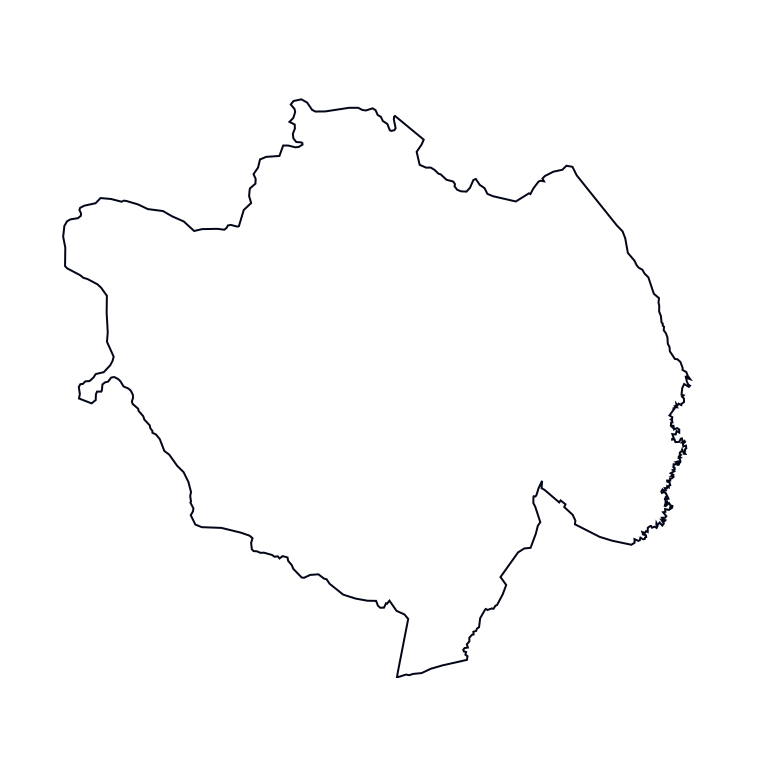 Facatativá, Cundinamarca, Colombia, rotated 353°
{"feature_id": "7082276B42545892213611", "entity_name": "Facatativá", "entity_type": "district", "adm_level": 2, "iso_a3": "COL", "parent_name": "Colombia", "parent_adm1": "Cundinamarca", "projection": "robinson", "projection_center": [-74.291, 4.831], "detail": "fine", "context": "isolated", "style": "outline", "palette": "ink", "viewbox_px": 768, "rotation_deg": 353, "n_neighbors": 0, "source": "geoboundaries", "source_scale": "gbopen_adm2", "svg_char_len": 6140}
<svg xmlns="http://www.w3.org/2000/svg" viewBox="0 0 768 768"><g transform="rotate(353 384 384)"><path d="M322.1,112.3L327.0,115.6L326.7,119.6L324.0,124.6L324.0,129.2L326.4,133.1L331.3,134.1L332.3,134.9L332.3,136.5L328.2,138.3L324.9,138.3L318.2,135.7L313.0,135.0L308.0,144.9L294.8,144.2L288.3,146.0L285.4,153.8L280.1,159.8L281.6,164.8L280.8,169.5L274.8,173.5L274.2,175.4L273.0,181.0L274.2,188.2L266.0,194.2L259.2,209.7L257.5,209.9L251.3,207.4L248.4,207.6L246.8,209.9L244.3,211.4L237.6,209.7L222.4,208.1L214.2,209.0L205.1,198.3L194.2,191.8L185.7,185.4L170.9,181.6L161.6,175.7L150.5,170.9L148.0,170.3L145.8,171.1L135.6,167.1L125.3,164.9L119.8,169.4L108.3,170.5L103.9,172.1L102.9,174.0L104.1,178.0L103.6,180.1L100.4,182.1L92.8,182.4L89.2,183.9L86.0,188.2L83.5,198.8L84.3,209.8L81.8,228.1L83.6,230.6L95.7,239.0L98.6,242.0L102.4,243.6L111.8,250.2L115.0,254.0L119.7,262.7L117.4,279.4L116.1,299.0L114.2,308.4L119.0,323.9L117.5,327.8L114.5,332.1L107.3,338.1L99.1,339.0L96.3,342.3L92.1,345.2L87.9,345.0L85.1,347.2L82.6,347.2L80.7,349.7L80.9,356.9L79.5,361.2L91.4,367.6L95.9,364.8L96.8,359.2L98.2,356.6L102.4,357.1L103.2,355.9L104.5,350.1L107.3,348.4L110.5,348.0L113.8,344.5L115.5,344.2L117.5,344.4L120.6,346.6L122.7,349.1L125.2,354.7L129.8,357.4L131.8,359.6L133.4,364.0L133.3,366.9L131.6,370.7L132.1,373.2L137.0,378.6L137.1,380.7L141.1,386.6L141.8,390.1L146.5,396.6L146.6,399.2L148.4,402.5L148.2,404.2L151.4,406.2L154.7,411.3L157.8,423.7L162.2,427.9L168.8,440.1L174.3,447.0L177.9,457.3L179.3,467.7L178.0,471.5L178.1,477.1L177.4,478.1L179.7,484.3L178.8,487.3L176.2,490.6L179.6,500.5L185.7,503.9L205.1,507.0L223.8,514.1L232.0,518.1L234.7,521.0L232.7,525.7L232.7,531.9L234.1,533.9L237.5,534.6L240.8,536.5L244.3,536.8L252.2,540.1L254.2,542.1L257.6,542.1L259.0,544.4L262.4,542.5L267.1,544.4L267.3,547.8L270.4,552.6L271.5,556.5L278.7,566.0L281.0,566.6L287.5,564.5L295.7,564.9L300.7,569.8L303.2,570.8L305.7,575.7L317.8,588.1L329.6,593.5L341.2,597.1L349.7,598.3L351.0,603.4L353.0,605.6L356.7,606.0L359.3,601.9L360.2,602.5L363.0,599.7L368.8,610.7L376.2,615.2L379.4,620.1L362.6,671.7L361.2,676.4L362.3,676.6L370.5,675.1L373.6,676.1L377.5,675.3L386.1,675.5L395.5,672.4L407.8,670.4L432.7,667.9L433.7,664.4L431.8,662.6L432.8,660.0L430.6,659.1L430.3,657.4L431.8,655.9L435.1,655.8L434.5,652.4L437.3,650.0L437.8,646.2L440.7,643.7L442.4,643.5L442.5,640.8L445.4,640.3L446.4,638.1L448.7,637.0L450.9,628.2L456.9,620.2L457.8,619.7L459.1,620.9L463.7,619.9L465.3,620.5L467.5,617.7L469.3,617.1L476.1,607.4L480.8,598.4L476.1,589.8L496.5,567.5L503.2,564.3L509.5,564.5L516.4,551.2L519.4,543.5L522.3,540.2L519.1,524.0L517.7,520.5L518.5,514.6L518.9,513.7L520.6,514.1L521.8,512.8L524.8,506.1L529.1,499.4L527.7,506.6L530.5,508.7L543.5,522.9L545.1,521.1L549.5,525.5L547.9,528.1L555.3,536.8L557.3,542.9L556.4,546.5L579.4,562.0L591.5,567.4L609.9,573.7L613.4,572.1L613.7,568.5L617.3,570.7L618.8,570.3L619.8,567.8L622.2,569.7L623.9,569.6L624.4,568.2L625.6,567.9L625.5,566.0L622.8,564.9L622.3,562.4L624.9,563.6L626.2,562.0L627.7,563.0L628.3,558.9L631.0,557.4L631.9,557.6L632.5,559.3L635.4,558.6L637.0,560.1L638.1,558.5L637.2,556.9L637.5,555.3L638.0,556.7L639.0,556.8L640.7,555.1L643.0,558.4L644.7,556.6L643.0,553.0L645.7,554.4L646.7,553.5L644.2,552.3L643.6,550.6L646.7,551.0L648.1,549.6L645.4,545.3L647.7,545.2L647.8,542.4L651.4,543.7L654.9,541.9L655.4,540.2L654.7,539.9L654.1,541.2L653.1,541.2L653.7,539.8L652.4,536.9L648.7,539.5L647.8,539.2L648.4,537.6L650.9,536.5L650.7,535.7L649.8,536.7L649.0,535.9L649.4,534.2L648.7,532.5L649.9,530.5L650.8,530.9L651.0,532.8L652.4,532.5L650.3,526.5L648.5,525.4L646.6,526.0L646.1,524.6L647.6,522.6L648.8,524.0L650.8,523.9L650.0,521.6L652.1,521.9L652.6,520.0L654.1,521.3L654.4,519.6L655.8,519.3L655.3,516.4L653.2,515.4L653.3,514.3L656.3,514.7L656.4,512.6L658.0,512.8L660.2,511.4L659.9,510.5L658.2,510.3L659.9,509.3L657.7,507.5L661.6,505.9L660.2,504.5L662.2,503.9L662.2,502.4L661.1,501.8L661.7,499.0L662.8,499.4L664.7,498.3L665.3,500.0L666.8,500.0L667.4,498.8L664.4,497.0L666.6,496.6L668.1,498.0L668.8,497.3L668.4,493.9L666.7,493.1L669.4,493.0L668.1,491.7L670.1,490.5L669.0,489.5L669.3,488.1L671.2,487.0L671.9,485.5L673.2,489.8L674.6,490.1L673.7,487.8L674.7,487.2L674.6,485.7L676.2,484.7L676.2,482.0L673.5,482.5L673.4,479.8L675.8,478.1L675.3,477.2L673.8,478.7L672.6,478.4L673.5,477.7L673.0,474.3L671.9,474.5L670.1,477.4L666.2,477.2L665.6,474.4L663.2,474.3L663.4,473.5L665.1,473.5L664.1,468.9L667.4,469.6L668.7,466.4L671.1,468.2L671.5,465.2L669.6,463.5L666.3,464.4L666.2,460.7L665.3,460.6L665.0,462.1L663.6,460.5L664.3,457.3L665.6,457.3L665.5,455.1L664.5,454.2L665.7,453.7L666.1,452.0L663.5,450.0L667.8,445.4L668.4,443.6L669.1,444.1L669.9,442.6L671.5,442.8L670.2,441.4L671.7,441.1L671.7,439.3L672.7,441.0L674.1,439.5L676.5,441.1L676.8,440.0L679.6,438.5L679.9,434.9L678.3,432.9L680.0,431.8L678.0,430.9L679.5,424.4L681.9,420.6L686.2,424.0L687.5,423.0L685.9,421.6L684.9,418.6L684.4,413.5L685.7,413.5L686.4,415.5L688.5,416.5L686.5,413.0L685.5,409.0L682.0,406.4L682.4,404.6L680.9,398.2L678.2,395.2L675.8,394.6L671.7,386.4L671.9,382.0L670.6,378.8L671.0,372.3L670.0,368.0L668.2,364.8L668.9,361.3L667.8,360.2L668.0,358.0L667.0,356.8L667.1,350.2L665.9,345.6L666.7,340.2L666.4,336.6L667.4,332.3L662.8,327.3L659.4,310.4L656.1,306.2L654.4,302.1L651.0,299.6L649.3,297.1L647.6,292.1L642.0,283.6L641.2,268.8L639.4,261.6L634.3,254.8L600.7,200.4L597.5,191.4L591.7,189.6L587.1,193.1L578.0,193.9L569.0,197.2L566.3,199.4L567.5,202.3L563.9,201.3L561.9,202.1L555.9,208.3L552.5,213.3L551.1,212.4L537.1,218.9L515.1,210.9L509.8,207.9L507.7,201.9L503.3,198.0L500.1,191.7L497.6,192.4L493.2,199.8L489.3,203.1L483.8,202.1L480.3,200.1L478.1,196.3L478.8,194.3L477.4,191.5L470.9,188.9L465.9,182.9L463.6,181.8L460.3,177.7L456.8,174.9L452.2,174.4L446.1,170.8L444.7,157.5L450.6,150.8L453.2,146.3L427.6,119.3L426.7,119.8L426.0,122.5L426.7,131.5L425.3,133.3L422.2,133.7L420.7,132.9L419.0,126.3L414.9,122.8L413.5,118.5L410.5,116.2L409.0,111.2L406.3,109.0L399.4,110.3L396.0,109.4L392.0,106.7L383.1,105.6L359.0,106.3L349.1,105.2L346.0,103.1L342.0,95.3L336.7,91.4L328.7,92.1L325.5,95.2L328.7,100.1L329.0,103.2L326.4,108.9L322.1,112.3Z" fill="none" stroke="#020617" stroke-width="2"/></g></svg>